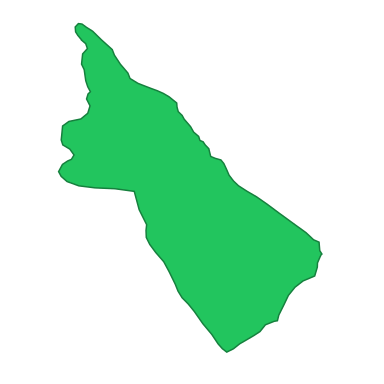 outline of Malung-Sälen, Dalarna, Sweden, rotated 186°
{"feature_id": "70781695B21384318328317", "entity_name": "Malung-Sälen", "entity_type": "district", "adm_level": 2, "iso_a3": "SWE", "parent_name": "Sweden", "parent_adm1": "Dalarna", "projection": "equal_earth", "projection_center": [13.492, 60.851], "detail": "fine", "context": "isolated", "style": "filled", "palette": "green", "viewbox_px": 384, "rotation_deg": 186, "n_neighbors": 0, "source": "geoboundaries", "source_scale": "gbopen_adm2", "svg_char_len": 1597}
<svg xmlns="http://www.w3.org/2000/svg" viewBox="0 0 384 384"><g transform="rotate(186 192 192)"><path d="M317.6,331.4L313.2,328.4L311.0,323.7L315.2,317.9L315.2,307.6L312.0,302.4L309.3,291.6L306.7,285.8L303.5,281.1L305.6,278.7L306.6,273.5L302.4,267.0L303.9,259.4L310.2,253.0L321.8,249.3L327.6,244.1L327.5,235.9L327.5,231.0L327.5,230.1L325.4,225.3L318.0,221.9L313.2,216.5L315.3,211.9L319.0,209.8L323.7,205.9L326.8,198.3L323.7,193.8L317.3,189.3L305.2,186.3L288.9,186.0L269.0,187.2L249.5,186.6L242.7,168.9L233.7,154.8L233.7,148.8L233.6,148.2L232.7,142.0L228.5,135.4L221.7,128.0L212.8,119.7L206.5,110.5L199.1,98.7L195.5,91.9L190.8,85.8L184.0,80.2L177.2,73.4L167.3,62.0L157.4,52.4L150.1,43.6L145.4,39.3L140.7,36.4L134.4,40.4L128.7,46.0L115.6,55.6L109.8,60.3L105.1,67.6L96.7,72.0L93.6,72.9L92.8,78.7L88.7,89.7L85.3,99.3L79.6,108.1L72.2,115.2L61.2,121.3L59.5,130.4L59.8,134.6L57.8,141.0L56.7,143.9L56.4,144.0L58.8,147.0L60.4,155.4L66.1,157.2L74.4,163.5L86.1,170.2L103.2,180.1L115.3,187.3L127.0,193.8L137.4,198.5L146.5,203.1L151.9,207.3L156.9,212.6L160.3,218.6L163.3,223.6L166.6,226.9L172.4,227.9L177.1,229.3L178.4,232.8L179.8,236.8L183.8,240.2L186.2,243.1L189.5,244.1L191.2,248.0L196.6,251.7L200.3,256.9L207.4,263.6L209.8,267.1L214.1,270.5L215.8,275.0L216.5,278.9L224.6,284.2L230.7,287.0L237.1,289.1L243.5,290.7L248.3,292.0L251.3,292.8L257.1,294.4L265.5,298.4L268.2,303.6L276.7,311.7L283.5,320.0L286.2,325.3L298.3,334.1L307.6,341.5L314.3,344.8L318.9,347.5L320.6,347.6L322.6,347.6L325.4,343.9L324.5,339.1L321.9,335.8L317.5,331.5L317.6,331.4Z" fill="#22c55e" stroke="#15803d" stroke-width="1.5"/></g></svg>